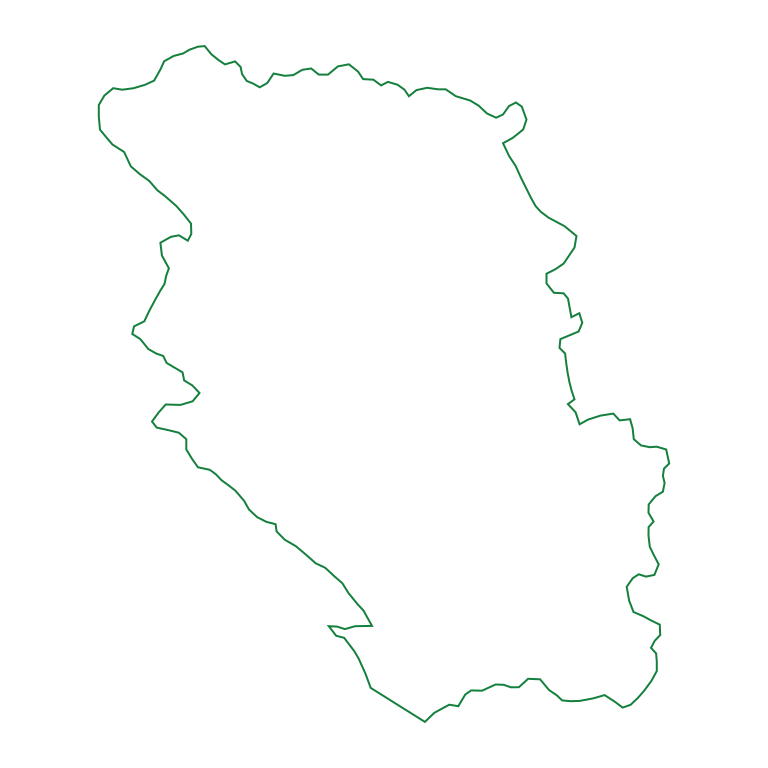 Taquarituba, São Paulo, Brazil
{"feature_id": "56859067B69954779789207", "entity_name": "Taquarituba", "entity_type": "district", "adm_level": 2, "iso_a3": "BRA", "parent_name": "Brazil", "parent_adm1": "São Paulo", "projection": "albers", "projection_center": [-49.233, -23.534], "detail": "fine", "context": "isolated", "style": "outline", "palette": "green", "viewbox_px": 768, "rotation_deg": 0, "n_neighbors": 0, "source": "geoboundaries", "source_scale": "gbopen_adm2", "svg_char_len": 2972}
<svg xmlns="http://www.w3.org/2000/svg" viewBox="0 0 768 768"><path d="M622.6,707.6L630.6,704.8L637.9,697.9L644.1,690.8L651.4,680.9L656.8,671.0L656.8,661.5L656.1,653.4L651.0,647.8L654.8,640.7L660.2,635.1L659.8,624.7L651.0,620.4L643.5,616.3L633.5,612.0L629.1,600.5L626.7,586.8L632.8,578.1L638.8,574.3L646.0,576.6L654.4,574.9L658.7,564.3L653.6,554.7L649.8,546.8L648.5,535.6L648.6,527.1L653.6,521.5L648.5,512.8L648.7,504.4L655.5,496.2L662.9,491.7L664.6,483.0L662.9,475.9L664.0,468.6L669.2,463.5L666.2,449.5L656.7,446.7L649.8,447.2L641.0,445.4L633.8,439.2L632.6,428.1L630.1,419.2L619.6,420.4L613.3,413.6L600.5,415.6L588.0,419.6L579.6,424.3L575.6,412.3L567.9,404.1L574.5,399.3L571.6,390.6L569.5,382.5L567.6,372.6L566.2,363.0L565.1,353.5L559.5,347.9L560.4,339.1L578.6,331.5L582.3,322.8L579.3,313.2L571.4,317.2L568.0,298.6L563.6,293.3L553.9,292.8L546.5,283.4L546.5,273.7L555.6,269.1L563.7,263.5L574.5,247.5L576.5,236.0L564.4,226.1L548.6,217.7L540.7,211.7L535.6,206.1L530.9,197.7L520.6,177.0L515.8,166.2L509.2,156.2L503.0,143.2L512.7,137.9L523.2,129.5L526.5,119.6L521.8,106.6L515.9,102.5L509.0,106.1L503.0,114.5L496.1,117.7L487.0,113.5L478.6,105.6L470.1,100.5L455.8,96.2L445.7,89.3L438.0,89.3L427.1,87.8L416.5,90.1L408.9,96.2L404.4,89.6L397.5,84.7L387.9,81.9L381.1,85.4L373.4,79.7L363.1,79.1L358.0,71.5L348.9,64.3L337.9,66.4L328.0,74.6L318.8,74.6L311.2,68.5L302.3,69.8L293.3,75.1L284.8,75.8L273.6,73.5L267.3,83.0L259.7,87.3L253.0,83.5L246.8,81.0L242.1,74.2L240.6,67.0L235.1,61.4L225.0,64.4L218.3,59.9L211.4,54.3L204.7,46.1L197.9,46.7L189.5,49.7L183.0,53.5L173.8,55.9L164.2,61.2L160.6,69.1L154.1,80.6L145.0,84.8L133.6,88.2L122.3,89.7L113.2,88.2L104.4,95.5L98.8,105.0L98.8,116.5L100.0,129.7L105.4,136.2L112.4,144.5L124.1,152.0L130.8,166.3L139.5,173.9L149.3,181.0L157.4,190.3L165.1,196.2L176.1,205.8L183.6,214.2L191.0,223.6L191.3,234.0L187.8,240.7L178.9,235.3L171.0,236.8L160.4,242.7L161.9,255.5L168.9,268.3L166.2,275.8L164.5,283.9L160.1,291.0L155.4,299.4L149.5,310.4L144.3,321.3L134.0,326.4L132.3,334.0L140.3,339.1L148.4,349.1L156.4,353.6L163.1,355.9L166.7,363.0L174.3,367.5L182.5,372.3L184.2,380.5L192.3,385.4L199.5,393.0L192.6,401.3L180.5,404.9L165.7,404.5L158.7,412.4L152.0,421.5L156.7,427.6L169.5,430.4L178.8,432.7L186.3,439.2L186.3,449.5L192.2,459.1L198.0,467.3L209.8,469.8L215.9,474.3L221.5,480.2L228.5,485.3L235.3,490.6L244.1,500.8L249.0,509.5L257.2,517.2L266.5,521.9L275.6,524.2L276.6,531.5L285.0,539.9L295.9,546.2L306.2,554.9L315.7,563.3L325.2,567.8L334.6,576.5L342.4,583.3L348.5,593.1L357.4,604.0L363.5,610.6L372.0,625.9L355.1,626.2L344.9,629.1L337.2,626.6L328.8,626.2L336.2,635.8L344.1,637.8L354.4,651.3L358.8,658.9L365.6,674.0L370.7,687.9L424.9,721.9L434.3,712.8L442.4,708.4L449.3,704.7L458.3,706.2L465.3,694.5L471.2,690.4L482.0,690.7L495.6,684.5L503.7,684.8L510.9,687.3L518.9,687.2L528.1,678.8L540.1,679.3L549.1,690.1L556.8,695.3L562.1,700.4L570.5,701.2L579.8,700.9L593.1,698.4L604.6,695.1L614.8,701.7L622.6,707.6Z" fill="none" stroke="#15803d" stroke-width="2"/></svg>